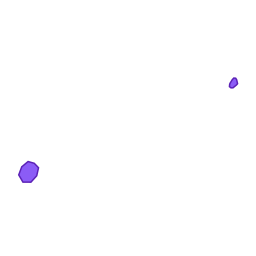 SVG path tracing the border of Iles Saint-Paul et Nouvelle-Amsterdam, rotated 246°
{"feature_id": "ATF-5918", "entity_name": "Iles Saint-Paul et Nouvelle-Amsterdam", "entity_type": "state/province", "adm_level": 1, "iso_a3": "ATF", "parent_name": "French Southern and Antarctic Lands", "parent_adm1": "", "projection": "orthographic", "projection_center": [77.53, -38.279], "detail": "fine", "context": "isolated", "style": "filled", "palette": "violet", "viewbox_px": 256, "rotation_deg": 246, "n_neighbors": 0, "source": "natural_earth", "source_scale": "10m", "svg_char_len": 414}
<svg xmlns="http://www.w3.org/2000/svg" viewBox="0 0 256 256"><g transform="rotate(246 128 128)"><path d="M121.3,10.0L129.6,9.1L135.8,15.2L138.0,23.1L133.9,28.0L128.1,30.1L121.5,25.2L118.0,17.3L121.3,10.0ZM127.3,239.3L129.8,243.0L130.6,245.0L129.7,246.6L127.9,246.9L123.9,246.1L123.2,244.6L122.0,240.3L122.8,238.4L124.5,237.5L126.2,238.4L127.3,239.3Z" fill="#8b5cf6" stroke="#5b21b6" stroke-width="1.5"/></g></svg>